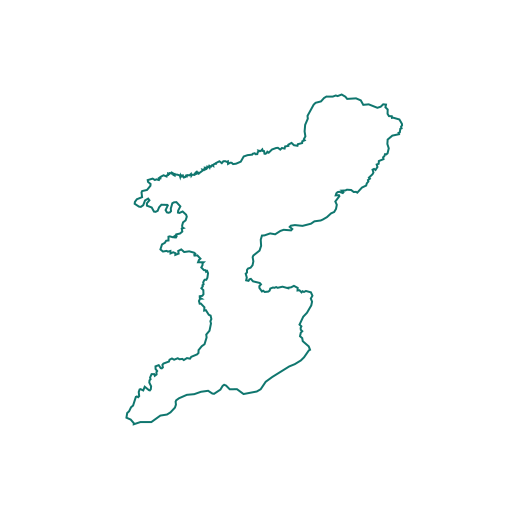 Buenos Aires, Cauca, Colombia, rotated 241°
{"feature_id": "7082276B47892047719845", "entity_name": "Buenos Aires", "entity_type": "district", "adm_level": 2, "iso_a3": "COL", "parent_name": "Colombia", "parent_adm1": "Cauca", "projection": "natural_earth1", "projection_center": [-76.681, 3.052], "detail": "fine", "context": "isolated", "style": "outline", "palette": "teal", "viewbox_px": 512, "rotation_deg": 241, "n_neighbors": 0, "source": "geoboundaries", "source_scale": "gbopen_adm2", "svg_char_len": 6143}
<svg xmlns="http://www.w3.org/2000/svg" viewBox="0 0 512 512"><g transform="rotate(241 256 256)"><path d="M373.8,203.1L374.9,198.1L373.2,197.5L370.1,198.7L368.6,197.7L366.6,192.7L368.0,187.9L367.1,186.7L362.7,184.9L363.4,179.3L362.0,176.3L360.5,175.2L355.9,177.6L354.8,179.1L355.1,182.0L358.4,185.9L358.5,189.5L356.4,189.8L355.0,186.1L352.9,185.0L349.0,188.3L344.3,188.3L343.3,189.6L343.2,191.9L345.6,194.9L346.7,198.1L343.7,203.2L343.0,203.4L340.0,199.2L337.4,199.2L336.3,200.3L335.9,201.8L336.4,203.4L338.7,204.4L342.7,208.4L342.7,210.3L341.7,212.5L336.1,213.9L333.4,209.9L331.8,208.8L330.8,209.9L330.5,213.4L326.0,214.9L323.9,214.5L321.3,211.7L320.8,208.5L318.5,206.2L316.7,205.4L315.6,206.1L315.9,204.3L313.1,203.4L312.5,200.4L313.6,196.7L313.0,196.0L311.8,196.2L311.0,195.0L311.6,194.0L312.9,194.8L312.6,192.5L315.0,190.1L315.3,188.8L312.0,187.0L312.9,184.8L311.7,182.6L311.7,179.4L308.1,175.6L305.0,176.8L303.8,180.3L302.5,181.1L301.9,183.6L299.7,182.5L299.4,185.4L297.5,186.9L296.1,186.0L295.6,189.5L298.1,190.4L298.0,193.8L294.3,195.1L292.5,199.8L289.0,203.4L287.6,204.0L287.0,202.6L286.2,202.4L285.0,205.0L280.6,206.1L280.2,204.2L278.6,202.3L275.9,207.1L275.5,205.6L274.0,204.9L272.5,202.6L268.9,203.6L268.0,205.0L266.4,204.7L266.5,206.0L264.2,205.7L260.5,202.9L259.3,201.0L260.1,199.7L259.8,198.8L258.5,197.0L256.6,196.4L256.4,195.0L255.2,194.7L254.3,192.6L251.7,193.4L248.0,191.5L247.2,189.8L248.1,187.3L246.8,186.6L245.1,187.6L245.7,186.3L244.3,184.3L241.6,183.6L241.1,184.7L236.1,186.0L233.4,184.2L232.9,185.9L227.5,186.2L225.9,187.4L222.5,186.4L221.1,184.5L218.8,183.9L213.2,179.1L211.4,174.4L208.7,173.3L203.8,168.2L203.4,164.8L201.5,160.1L199.1,158.7L198.5,156.8L199.2,150.5L198.2,148.5L200.2,146.1L200.0,142.4L201.7,141.7L202.8,139.0L204.5,138.0L205.0,134.1L207.1,132.8L207.2,130.1L205.9,128.7L206.8,122.9L206.2,121.4L203.7,120.5L203.4,119.1L204.1,118.3L207.7,118.0L208.2,114.6L205.9,113.4L203.3,113.8L202.7,112.6L200.6,111.6L200.3,109.4L202.0,109.7L203.3,107.4L201.0,104.4L199.3,104.0L198.9,102.6L197.0,101.3L192.9,101.1L190.5,99.4L189.9,98.0L190.6,97.3L195.6,95.3L193.1,92.2L195.5,90.5L195.7,89.5L193.9,87.5L190.1,85.9L189.6,84.5L190.9,83.7L191.0,82.6L184.8,76.0L184.3,73.4L181.7,69.7L181.1,67.2L177.4,64.3L173.7,67.1L169.0,68.1L168.1,67.5L166.8,74.4L161.5,84.0L162.8,95.0L160.5,101.3L160.7,105.4L162.7,111.6L164.8,113.9L167.6,115.1L168.5,116.3L168.9,119.7L168.1,128.2L165.1,135.0L163.9,142.1L161.3,148.8L156.9,151.1L155.8,152.5L156.4,160.1L158.6,163.9L158.8,165.7L157.2,167.0L152.2,168.4L148.7,174.8L141.3,178.2L137.1,191.0L137.2,195.5L141.3,203.5L142.3,211.6L143.3,231.5L142.6,237.5L142.9,244.6L144.1,248.9L147.8,256.4L147.8,257.8L151.4,258.3L158.8,255.6L161.8,256.6L164.5,255.6L167.2,258.0L167.8,260.0L169.7,259.4L171.4,260.1L172.5,261.6L174.9,260.8L180.0,267.9L181.6,273.0L186.0,280.4L188.9,282.9L192.2,283.3L193.9,286.1L197.6,286.4L201.2,282.7L201.3,280.5L202.6,279.6L202.1,278.2L205.0,277.4L205.7,275.6L207.9,277.0L211.5,274.7L211.6,271.4L212.6,268.9L212.1,268.6L216.3,264.3L217.7,259.5L219.0,258.6L219.3,256.6L220.2,255.6L220.6,252.7L219.1,251.1L218.9,249.5L220.3,246.2L222.2,245.4L222.1,244.0L226.4,243.5L228.0,244.3L228.8,246.6L230.6,246.2L235.3,241.1L238.5,240.4L238.8,239.0L237.9,237.4L239.5,235.6L241.6,237.5L245.5,238.4L245.9,240.1L248.1,241.3L248.9,242.9L248.4,245.6L249.6,248.5L252.6,251.1L256.6,252.5L257.7,253.9L259.0,261.7L262.4,265.4L267.9,268.0L271.0,271.1L269.9,273.4L268.9,279.3L265.7,283.3L266.1,289.5L265.5,292.9L261.4,299.1L262.0,300.8L265.1,299.6L265.6,301.2L264.2,305.0L259.8,311.3L257.6,319.7L258.0,323.9L255.7,329.8L255.5,332.1L255.6,336.9L256.9,342.3L256.6,345.7L258.4,348.8L261.6,351.5L265.2,351.8L267.9,357.9L269.0,358.0L270.4,355.1L271.9,356.7L272.3,358.3L271.8,360.0L269.0,362.4L269.3,363.3L271.6,362.7L270.0,365.9L269.9,367.7L267.6,371.2L264.6,372.5L263.6,374.6L262.3,375.3L264.5,381.9L264.2,386.5L265.8,388.1L266.7,390.4L268.1,390.7L268.4,393.1L269.8,392.8L271.0,397.5L272.1,399.2L275.0,399.8L274.9,401.5L273.3,402.2L275.0,405.4L277.5,405.9L277.2,408.0L279.5,409.5L278.9,414.5L280.7,415.0L281.0,416.5L282.5,418.3L281.7,419.1L282.0,420.8L285.8,424.3L290.3,425.2L294.0,427.6L295.2,433.6L293.2,440.1L294.6,440.4L294.4,441.7L297.3,443.9L297.1,445.2L298.7,445.5L299.5,447.1L300.8,447.7L305.9,447.6L310.6,442.9L310.9,441.9L312.4,442.5L313.9,440.1L316.6,440.0L320.3,442.2L323.3,441.3L325.4,443.1L327.0,440.8L326.1,437.4L326.8,434.0L334.0,428.1L336.2,423.1L341.3,423.1L345.4,419.9L349.2,411.9L352.0,411.4L355.7,409.2L356.3,404.9L357.7,403.6L358.2,400.4L361.3,394.9L361.2,392.1L359.7,387.8L361.1,382.4L360.4,379.8L353.6,369.0L351.0,367.9L346.9,362.6L341.4,358.9L336.7,357.2L334.9,354.4L333.6,354.7L333.9,352.1L332.4,351.1L333.5,346.8L332.3,345.7L334.5,342.9L337.7,341.9L337.7,338.2L336.6,337.7L337.7,334.6L336.1,333.1L337.9,331.0L337.3,328.8L340.0,327.6L340.7,326.0L341.4,321.6L340.2,317.2L341.7,316.5L340.8,315.0L340.9,313.5L341.4,313.0L343.8,313.9L344.6,312.9L346.2,313.2L345.5,310.9L347.0,309.2L346.1,309.1L346.0,307.9L344.5,306.5L345.2,305.0L346.5,304.7L347.0,302.7L346.5,301.8L348.3,297.5L349.0,293.5L345.9,288.4L346.4,283.3L347.5,280.5L349.3,279.9L350.1,278.7L350.1,276.2L352.4,277.3L352.5,276.1L353.9,275.0L354.7,273.4L353.8,271.1L356.6,269.9L356.7,265.9L356.1,265.6L356.7,264.3L356.4,262.7L355.5,262.3L356.7,261.7L356.0,260.0L356.9,259.4L355.9,258.4L357.2,258.4L356.6,257.6L357.8,256.7L356.8,255.9L357.8,254.5L356.2,254.5L356.4,252.7L357.1,252.8L356.5,252.0L357.5,251.0L356.6,250.9L356.0,246.5L356.9,245.9L356.0,245.4L356.8,244.6L358.4,244.9L358.2,243.6L357.0,243.1L358.0,241.5L357.0,242.2L356.7,241.6L358.1,239.5L357.5,238.3L359.3,238.9L358.8,236.9L360.0,235.2L359.2,234.1L360.2,233.8L359.4,232.3L359.8,231.3L358.8,230.9L360.7,231.0L361.2,230.2L362.0,231.0L362.6,230.0L361.4,229.9L361.7,229.0L363.1,229.1L362.0,228.1L363.4,228.4L365.4,226.5L366.7,224.2L365.9,223.8L366.8,223.2L367.5,224.2L368.3,222.8L369.0,223.3L370.0,222.6L369.6,221.6L370.4,220.6L369.8,219.9L370.8,219.1L369.4,218.3L369.7,217.0L368.9,216.3L371.4,214.3L371.5,210.9L370.6,210.3L371.3,209.8L371.2,208.7L369.9,208.7L369.5,207.9L371.3,206.1L371.5,204.4L373.8,203.1Z" fill="none" stroke="#0f766e" stroke-width="2"/></g></svg>